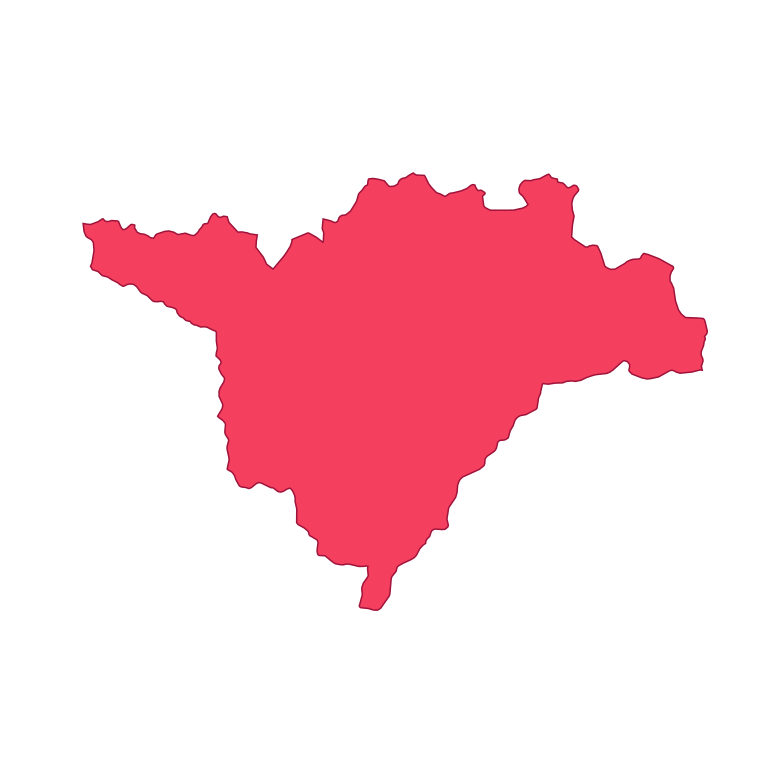 Bao Lam, Cao Bằng, Vietnam (Albers equal-area conic projection), rotated 276°
{"feature_id": "81297802B56496932739620", "entity_name": "Bao Lam", "entity_type": "district", "adm_level": 2, "iso_a3": "VNM", "parent_name": "Vietnam", "parent_adm1": "Cao Bằng", "projection": "albers", "projection_center": [105.502, 22.876], "detail": "fine", "context": "isolated", "style": "filled", "palette": "rose", "viewbox_px": 768, "rotation_deg": 276, "n_neighbors": 0, "source": "geoboundaries", "source_scale": "gbopen_adm2", "svg_char_len": 6148}
<svg xmlns="http://www.w3.org/2000/svg" viewBox="0 0 768 768"><g transform="rotate(276 384 384)"><path d="M431.0,699.1L434.8,697.8L440.3,698.9L442.4,698.4L446.0,696.4L449.4,696.1L455.6,697.8L459.7,698.0L461.7,698.8L463.2,698.7L464.7,697.8L467.8,699.8L470.4,700.0L479.7,696.8L481.8,695.6L482.5,694.4L482.4,688.7L481.6,677.0L484.5,672.5L488.5,669.1L497.2,665.2L509.8,662.0L514.5,659.2L516.4,657.7L521.4,657.2L525.0,657.9L529.2,659.9L531.0,659.3L537.3,644.5L540.4,633.1L541.0,628.9L540.8,628.4L538.0,626.6L536.3,626.1L535.4,625.2L534.9,624.1L534.1,618.8L532.8,615.6L531.2,613.0L528.8,610.6L522.4,601.8L521.7,597.6L522.7,594.1L524.1,591.4L536.7,586.0L543.4,582.0L543.9,581.0L543.9,577.3L542.7,573.7L541.4,571.9L541.3,570.1L547.6,558.0L549.9,555.2L562.2,554.8L570.8,555.5L576.6,553.2L583.0,551.9L588.3,552.5L591.1,553.6L596.3,557.1L597.7,557.3L599.4,556.2L601.1,554.8L601.6,553.0L601.4,551.6L598.9,548.4L598.4,546.6L599.1,544.9L600.8,543.3L602.5,541.0L603.0,535.6L605.9,535.0L606.4,530.3L607.1,528.6L609.7,526.4L609.8,525.9L609.3,524.5L604.5,517.5L602.9,511.7L601.6,508.8L601.2,502.7L599.3,500.6L596.3,498.6L593.8,498.0L591.7,497.8L589.5,498.2L588.1,498.8L586.9,500.1L585.6,502.1L583.0,504.4L577.5,508.4L575.5,506.8L573.4,503.5L570.4,494.5L568.0,472.3L568.3,470.5L570.1,466.0L571.6,464.6L580.5,462.4L581.4,462.6L583.4,464.4L584.3,464.6L585.0,464.1L586.9,460.4L586.8,459.2L586.2,458.0L586.6,456.7L589.3,454.6L591.4,453.6L591.6,452.2L591.5,451.2L590.5,449.4L587.2,446.2L584.1,440.5L581.4,433.0L580.5,429.5L576.9,425.2L578.9,420.0L579.6,416.8L580.4,415.4L584.5,410.6L587.8,407.5L595.0,403.0L595.7,402.2L595.2,394.6L596.1,392.1L596.9,391.3L596.8,390.8L594.2,387.1L591.3,383.8L590.7,381.4L589.6,379.5L588.1,378.0L584.1,376.6L582.0,373.7L581.5,371.9L581.1,369.3L581.4,367.9L586.0,363.3L586.2,362.6L587.0,357.1L587.2,353.7L587.2,351.1L586.5,347.8L586.1,347.2L584.7,346.9L580.7,346.8L579.8,346.1L578.6,344.3L574.2,341.8L571.1,339.3L569.8,338.8L562.8,337.6L552.7,332.8L550.8,331.0L548.2,328.2L547.3,324.4L546.1,322.8L544.7,321.9L541.1,321.0L539.8,319.4L539.4,317.8L540.7,313.9L541.8,306.2L532.0,306.3L528.5,308.1L527.3,308.3L520.2,308.7L518.6,308.4L523.0,301.1L526.1,293.8L526.3,292.5L518.1,277.4L515.8,277.5L511.1,276.4L505.5,273.7L500.9,271.2L486.7,261.7L490.8,254.8L497.6,250.7L506.4,242.4L512.7,242.1L519.0,242.4L519.3,234.9L520.0,232.4L520.4,226.8L519.8,222.8L528.5,212.9L534.0,210.5L534.1,206.8L532.8,204.5L532.7,202.5L533.8,200.8L535.6,199.1L535.9,197.8L535.3,196.1L532.2,194.1L525.5,192.0L525.1,191.5L524.5,188.5L523.5,187.4L521.1,186.4L517.9,184.1L516.5,183.7L513.9,181.8L511.9,179.8L511.7,179.0L511.8,176.4L513.2,170.7L511.1,163.3L513.0,159.1L513.7,154.2L512.9,150.1L509.5,142.6L508.6,141.5L504.9,139.6L504.8,139.2L505.2,136.2L506.6,133.9L507.5,131.3L507.9,129.8L508.0,125.8L509.1,122.7L513.2,119.6L515.9,119.6L516.1,119.0L516.4,116.4L515.9,115.4L512.0,111.9L510.9,110.4L510.4,109.4L510.5,107.7L512.7,105.8L517.8,103.0L518.3,102.0L518.1,96.0L516.9,93.3L516.6,91.4L517.0,89.4L518.8,87.5L518.9,86.8L515.5,82.6L512.0,75.6L511.9,71.9L512.2,68.0L504.5,69.7L500.2,71.9L498.8,73.6L496.9,78.0L494.5,80.1L486.9,81.6L483.4,81.5L473.8,80.9L470.3,79.8L467.2,82.2L466.0,87.8L462.4,92.4L461.5,98.0L459.3,102.3L456.8,108.8L455.7,110.2L453.9,114.1L454.4,115.7L455.9,117.8L456.8,120.3L457.0,123.3L456.7,125.0L455.0,127.8L450.1,132.2L449.0,133.8L447.3,139.1L442.5,145.1L442.0,146.8L442.1,149.6L442.9,153.8L442.7,156.0L440.2,157.9L438.6,160.2L437.9,165.9L437.0,168.8L435.9,169.9L433.2,170.9L430.9,173.0L429.8,174.3L428.8,177.3L426.5,180.3L425.9,184.7L424.3,186.1L423.0,188.9L422.8,191.4L421.5,195.7L422.2,199.7L421.9,202.4L419.8,207.8L418.9,211.2L417.5,211.9L409.0,212.8L401.9,214.6L397.6,214.0L394.4,214.0L390.7,218.6L388.9,219.6L387.4,219.6L384.9,218.1L382.5,218.0L381.1,218.5L376.8,221.3L373.6,224.4L372.7,224.9L369.4,224.5L363.1,221.5L359.4,220.7L354.4,221.3L347.0,225.7L344.4,225.9L341.9,225.3L334.6,221.9L333.6,222.9L330.8,227.7L328.4,230.1L326.9,230.6L319.5,230.7L317.3,231.5L312.5,235.2L311.3,235.4L305.7,234.5L302.9,234.7L294.8,237.4L292.0,237.9L283.1,236.9L282.4,237.6L280.7,241.6L278.9,243.6L277.1,245.0L273.5,246.6L267.6,250.7L266.7,252.8L266.6,257.4L265.9,260.7L267.1,262.9L271.2,267.0L272.6,268.9L272.8,270.2L272.8,271.9L269.1,282.2L269.1,284.7L266.1,289.5L265.8,290.7L265.8,293.0L267.0,295.5L269.3,298.4L270.6,301.3L269.8,302.7L267.5,304.7L263.8,306.8L261.5,307.5L257.5,308.0L250.6,310.3L236.9,311.6L235.2,313.3L232.5,319.7L230.1,323.2L229.2,324.2L226.1,325.4L225.4,326.1L222.0,333.7L219.6,335.0L212.6,334.8L210.2,335.0L207.7,335.9L207.2,336.5L206.7,337.4L207.0,343.4L203.2,349.0L201.0,352.6L200.1,354.7L199.7,360.2L200.0,362.7L200.9,365.1L201.2,368.3L199.9,378.0L200.5,382.9L201.2,385.6L201.0,387.1L198.9,386.9L192.0,388.3L190.5,388.0L183.8,384.3L179.7,383.3L176.5,383.5L174.4,384.1L171.6,384.4L160.6,382.6L159.6,383.3L159.1,384.3L159.1,392.0L158.2,396.5L158.2,399.5L158.5,401.4L160.6,404.1L173.8,411.4L176.0,411.8L190.9,411.5L193.4,412.0L198.9,415.6L203.2,416.2L204.2,416.9L205.3,418.3L207.8,421.8L211.9,428.8L214.1,431.8L215.6,433.1L217.0,434.1L223.9,436.8L227.9,439.7L229.8,442.0L232.3,442.1L234.4,443.0L237.1,445.3L241.6,446.3L243.0,446.9L244.3,448.2L245.1,450.1L245.3,457.0L245.9,459.9L248.3,462.3L249.6,462.7L250.8,462.6L256.3,460.7L266.7,461.2L268.2,461.5L278.8,467.1L283.7,468.0L291.2,467.8L295.1,468.8L297.3,469.8L299.8,472.0L309.1,487.8L313.2,491.9L315.2,492.5L319.6,492.4L321.3,492.9L323.1,494.3L328.6,500.7L330.0,501.7L332.0,502.5L337.9,503.2L338.8,503.7L340.2,505.6L340.7,508.9L341.5,510.9L343.5,513.2L350.7,514.4L356.0,516.8L361.5,518.0L364.4,519.8L365.9,521.5L366.9,523.2L368.4,528.4L374.9,538.0L376.1,538.7L386.5,539.2L391.1,540.7L392.6,540.6L400.6,541.6L401.0,542.2L401.0,547.4L402.8,554.2L403.8,561.6L405.7,565.2L406.7,570.5L406.6,574.1L408.3,579.5L411.8,585.1L414.6,591.4L415.5,594.0L417.8,604.5L419.3,607.2L421.7,610.1L430.6,618.1L432.2,619.8L432.3,620.5L431.7,623.8L429.3,626.0L427.2,626.5L423.3,626.1L422.2,626.7L419.8,629.6L417.1,639.6L416.5,644.9L417.1,648.1L419.7,656.3L427.1,666.8L427.7,668.7L427.6,670.6L426.3,673.7L425.7,677.5L428.1,689.0L431.0,696.8L431.0,699.1Z" fill="#f43f5e" stroke="#9f1239" stroke-width="1.5"/></g></svg>